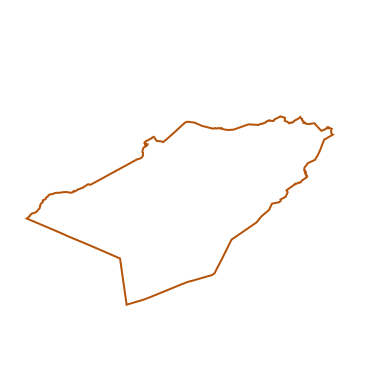 the district of Røros nor, Sør-Trøndelag, Norway, rotated 145°
{"feature_id": "86288312B67430343511851", "entity_name": "Røros nor", "entity_type": "district", "adm_level": 2, "iso_a3": "NOR", "parent_name": "Norway", "parent_adm1": "Sør-Trøndelag", "projection": "equal_earth", "projection_center": [11.42, 62.57], "detail": "fine", "context": "isolated", "style": "outline", "palette": "amber", "viewbox_px": 384, "rotation_deg": 145, "n_neighbors": 0, "source": "geoboundaries", "source_scale": "gbopen_adm2", "svg_char_len": 5285}
<svg xmlns="http://www.w3.org/2000/svg" viewBox="0 0 384 384"><g transform="rotate(145 192 192)"><path d="M222.9,112.4L219.8,112.6L215.7,114.9L207.9,118.9L187.0,130.3L156.5,130.1L149.2,132.2L138.7,133.2L138.0,133.8L133.1,136.6L126.4,133.6L124.4,133.9L123.9,135.1L118.0,134.4L113.7,137.0L113.6,139.2L104.0,139.3L103.6,139.2L103.6,139.4L103.3,139.5L102.7,139.6L102.2,139.3L101.8,138.9L101.2,138.8L101.0,138.7L100.7,138.7L100.2,138.7L99.7,138.6L99.1,138.5L99.0,138.4L98.7,138.1L98.7,137.9L98.4,137.8L97.9,137.7L97.5,137.7L97.1,137.7L95.3,138.4L94.2,138.3L89.6,138.3L89.2,138.4L89.3,138.6L89.2,138.9L89.2,139.0L88.7,139.4L88.8,139.5L89.0,139.6L89.1,139.8L88.6,140.2L88.6,140.3L88.8,140.8L88.7,141.3L88.6,141.8L88.4,141.9L87.9,142.0L87.7,142.5L88.0,142.9L88.3,143.1L88.1,143.3L87.9,143.6L87.7,143.7L87.1,143.8L87.2,144.7L87.7,145.3L85.9,147.4L80.5,149.2L73.0,147.8L68.4,149.8L66.3,150.9L63.2,152.7L57.9,156.3L53.5,159.2L53.2,159.0L43.8,158.2L44.1,158.8L44.1,159.6L44.1,160.1L43.9,160.8L43.4,161.7L42.7,162.6L41.6,163.5L41.4,163.6L41.7,163.9L42.1,165.1L44.2,166.3L44.1,166.6L43.8,166.6L43.3,167.0L44.2,167.5L45.0,167.1L46.0,167.0L46.6,166.9L50.9,167.9L51.4,170.8L52.2,176.5L52.0,177.2L52.0,177.5L52.6,178.3L56.4,180.2L57.6,180.7L58.6,181.6L60.4,184.2L60.5,184.3L60.4,184.3L60.5,184.4L60.6,184.5L60.4,184.7L60.6,184.8L60.6,185.0L60.4,185.2L60.4,185.4L60.3,185.5L60.2,185.7L60.2,185.8L60.5,186.1L60.5,186.3L60.4,186.5L60.4,187.0L60.5,187.2L60.6,187.4L60.5,187.5L60.4,187.7L60.3,187.9L60.4,188.2L60.3,188.4L60.2,188.5L60.4,188.6L60.4,188.8L60.2,189.0L60.1,189.3L60.2,189.5L60.3,189.7L60.4,191.4L62.6,191.0L63.0,191.1L63.5,191.3L63.8,191.3L64.1,191.2L65.1,191.3L65.2,191.5L66.1,191.5L67.0,191.6L67.6,191.5L68.0,191.4L68.3,191.5L68.7,191.4L69.0,191.3L69.6,191.5L69.9,191.4L70.3,191.4L71.0,191.9L71.1,192.1L71.4,192.1L71.7,192.0L72.0,192.2L72.0,192.3L72.2,192.5L73.1,192.6L73.5,194.7L74.3,195.6L75.2,197.1L73.3,199.6L74.8,201.3L75.1,201.8L75.9,202.5L75.9,203.1L76.7,203.3L77.7,203.3L78.1,203.4L83.1,204.2L83.4,203.7L84.2,203.5L84.7,203.6L85.5,204.1L86.9,205.5L87.1,205.5L87.6,205.8L87.4,206.3L87.6,206.4L88.1,206.5L88.3,206.6L88.8,206.7L89.2,206.9L89.8,207.0L90.6,206.8L91.1,207.0L91.5,206.8L91.8,206.8L92.1,207.0L92.6,206.9L93.4,207.2L94.1,207.3L94.3,207.5L94.5,207.5L95.1,207.5L95.6,207.6L95.9,207.8L95.9,208.0L96.6,208.5L98.0,208.7L98.8,208.6L106.9,215.0L122.3,219.3L127.0,222.2L129.5,224.5L130.2,225.4L130.8,226.2L131.0,227.3L131.9,227.1L132.0,227.2L132.0,227.7L132.2,227.8L132.6,228.1L132.7,228.4L132.9,228.5L133.0,228.6L133.0,228.8L133.6,229.0L134.3,229.4L134.5,229.5L135.0,229.7L135.1,229.8L135.3,229.8L135.5,230.1L135.8,230.2L135.9,230.4L135.9,230.6L136.2,231.0L137.4,231.2L137.5,231.3L137.4,231.3L137.7,231.5L138.3,232.0L139.0,232.3L139.1,232.6L140.0,233.6L145.6,240.1L147.0,242.2L149.8,246.9L151.0,248.3L152.7,249.6L153.7,250.8L156.3,252.6L158.8,252.8L159.9,252.5L160.8,252.5L171.8,251.0L172.2,251.0L183.0,249.7L187.1,249.4L187.7,250.7L191.3,253.8L191.7,254.3L191.5,258.7L191.6,259.1L192.0,259.3L192.4,259.3L193.1,259.2L193.4,259.4L193.8,259.4L194.6,259.1L195.0,259.4L195.6,259.5L196.2,259.4L197.4,259.6L197.8,259.6L198.2,259.7L199.1,259.7L199.3,259.8L199.9,260.1L200.9,259.8L201.1,259.8L201.4,259.7L201.6,259.8L201.7,260.0L201.9,260.0L202.0,259.9L201.7,259.8L201.7,259.7L202.3,259.6L202.0,259.3L202.0,259.2L201.9,259.1L201.9,258.9L202.0,258.7L202.1,258.8L202.8,258.8L202.9,258.4L202.6,258.3L202.6,258.1L202.8,258.1L203.0,257.9L202.8,257.8L203.0,257.7L202.9,257.5L202.6,257.4L202.7,257.2L202.6,256.8L202.0,256.7L201.6,256.5L201.4,256.5L201.2,256.4L201.7,256.1L202.7,255.9L203.1,255.8L203.4,255.9L204.2,256.2L204.4,256.1L204.8,256.0L205.8,256.2L206.3,256.0L206.6,255.9L207.3,255.5L207.6,255.2L208.1,254.9L209.0,253.9L209.7,253.3L209.7,252.7L209.6,252.1L210.5,251.1L211.0,250.3L211.7,249.8L212.2,249.4L212.9,249.2L213.6,249.1L214.8,249.2L216.4,249.5L217.5,250.0L218.0,250.2L269.8,256.0L270.3,256.1L270.7,256.3L271.3,256.3L271.5,256.4L271.5,256.6L271.6,256.8L272.2,257.4L272.6,257.9L273.4,258.1L275.8,258.0L277.9,258.2L278.5,258.1L279.3,258.2L279.7,258.4L280.1,258.5L280.5,258.5L280.8,258.7L281.8,258.8L282.6,259.1L284.0,259.4L284.8,259.5L285.9,259.5L287.5,259.8L288.1,259.7L288.3,259.9L288.5,260.1L288.1,260.4L288.2,260.6L289.3,260.5L290.2,260.3L290.8,260.4L291.7,261.0L291.9,261.0L292.3,261.5L292.5,261.6L292.6,261.8L293.7,262.8L293.9,263.1L294.7,263.9L295.3,264.3L296.9,265.3L297.0,265.4L301.2,267.5L301.9,268.0L303.2,268.9L304.0,269.4L304.9,269.7L306.2,270.1L306.6,270.1L308.5,270.8L309.2,271.1L309.4,271.4L309.6,271.5L310.1,271.6L311.9,271.5L312.4,271.1L313.3,271.0L314.1,271.1L314.8,271.1L315.0,271.0L315.2,270.7L315.6,270.4L316.0,270.3L316.7,270.1L317.3,270.3L318.0,270.7L319.1,270.7L319.4,270.4L319.6,270.1L319.6,269.7L319.8,269.4L321.3,269.3L322.3,269.0L323.4,268.6L324.2,268.0L324.5,267.7L324.6,267.2L325.3,266.9L325.9,266.2L330.0,265.2L330.4,265.0L330.6,265.0L331.3,265.1L332.7,265.2L334.0,265.5L334.5,265.9L335.2,266.1L335.9,266.2L336.4,266.1L338.5,265.7L339.2,265.4L339.3,265.2L342.6,265.1L322.8,233.3L318.5,226.1L312.0,215.9L302.4,200.5L289.1,178.8L310.2,137.2L292.2,131.2L261.7,124.2L254.4,122.6L246.4,120.6L246.0,120.4L245.7,120.3L245.3,120.2L244.9,120.0L244.7,120.0L244.6,119.9L244.3,119.8L244.3,119.7L222.9,112.4Z" fill="none" stroke="#b45309" stroke-width="2"/></g></svg>